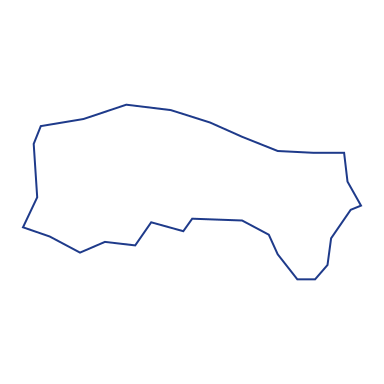 outline of Bromölla, Skåne, Sweden, rotated 270°
{"feature_id": "70781695B19839460749296", "entity_name": "Bromölla", "entity_type": "district", "adm_level": 2, "iso_a3": "SWE", "parent_name": "Sweden", "parent_adm1": "Skåne", "projection": "mercator", "projection_center": [14.508, 56.147], "detail": "fine", "context": "isolated", "style": "outline", "palette": "blue", "viewbox_px": 384, "rotation_deg": 270, "n_neighbors": 0, "source": "geoboundaries", "source_scale": "gbopen_adm2", "svg_char_len": 530}
<svg xmlns="http://www.w3.org/2000/svg" viewBox="0 0 384 384"><g transform="rotate(270 192 192)"><path d="M178.4,361.0L202.4,347.5L231.2,344.1L231.2,313.3L233.0,277.7L247.2,242.1L261.5,210.0L273.9,170.8L279.3,126.3L265.0,83.5L264.5,80.6L257.9,40.8L240.1,33.7L186.7,37.2L156.7,23.0L147.5,49.7L131.4,80.0L142.1,104.9L138.6,135.2L161.7,151.2L152.8,183.3L165.3,192.2L163.5,242.1L149.3,268.8L129.7,277.7L104.7,297.3L104.7,315.1L119.0,327.5L145.7,331.1L174.2,350.7L178.4,361.0Z" fill="none" stroke="#1e3a8a" stroke-width="2"/></g></svg>